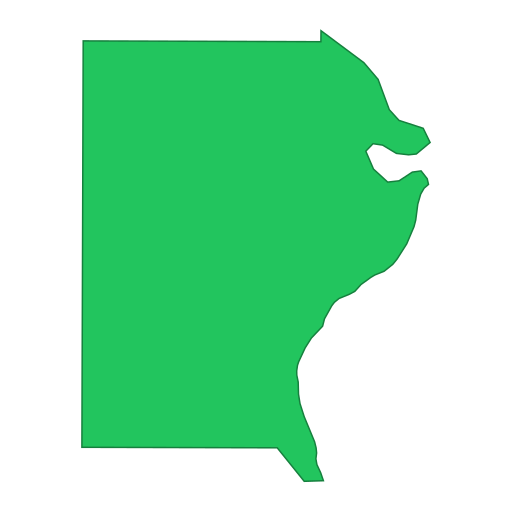 the district of Gallatin, Illinois, United States of America
{"feature_id": "52423323B61374287211", "entity_name": "Gallatin", "entity_type": "district", "adm_level": 2, "iso_a3": "USA", "parent_name": "United States of America", "parent_adm1": "Illinois", "projection": "equal_earth", "projection_center": [-88.116, 37.745], "detail": "fine", "context": "isolated", "style": "filled", "palette": "green", "viewbox_px": 512, "rotation_deg": 0, "n_neighbors": 0, "source": "geoboundaries", "source_scale": "gbopen_adm2", "svg_char_len": 878}
<svg xmlns="http://www.w3.org/2000/svg" viewBox="0 0 512 512"><path d="M81.9,447.3L277.2,447.8L304.2,481.3L323.4,480.7L320.7,472.8L316.9,464.6L315.9,458.8L316.6,453.0L316.1,447.9L314.6,441.8L304.2,416.7L300.0,403.6L298.5,394.1L298.2,382.1L296.8,375.2L296.7,370.9L297.5,365.3L298.7,361.7L305.2,347.8L311.4,338.0L322.6,326.2L324.5,318.8L331.8,305.7L334.4,302.3L339.0,298.5L349.7,294.1L354.9,291.3L361.0,284.5L370.8,277.4L374.8,275.0L384.2,271.2L392.9,264.2L397.1,259.0L406.7,243.9L414.0,226.7L415.7,220.2L417.8,204.1L420.7,194.1L424.1,188.2L428.5,184.4L427.2,178.7L421.1,170.9L412.3,172.1L399.1,180.8L387.7,182.1L373.5,169.1L365.8,151.2L373.0,143.7L382.6,145.1L396.4,153.4L408.6,154.8L416.3,154.0L430.1,142.5L423.2,128.3L399.0,120.4L389.3,109.7L378.1,79.4L363.9,62.7L321.0,30.7L320.9,41.7L83.2,40.9L83.2,41.8L81.9,447.3Z" fill="#22c55e" stroke="#15803d" stroke-width="1.5"/></svg>